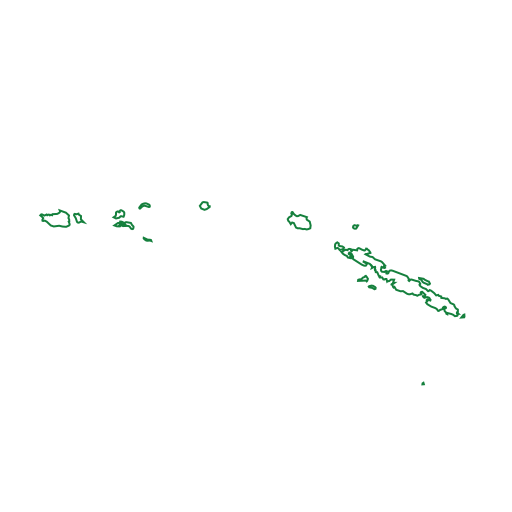 the Union Territory of Andaman and Nicobar, rotated 110°
{"feature_id": "IND-2474", "entity_name": "Andaman and Nicobar", "entity_type": "Union Territory", "adm_level": 1, "iso_a3": "IND", "parent_name": "India", "parent_adm1": "", "projection": "mercator", "projection_center": [93.022, 10.213], "detail": "fine", "context": "isolated", "style": "outline", "palette": "green", "viewbox_px": 512, "rotation_deg": 110, "n_neighbors": 0, "source": "natural_earth", "source_scale": "10m", "svg_char_len": 6065}
<svg xmlns="http://www.w3.org/2000/svg" viewBox="0 0 512 512"><g transform="rotate(110 256 256)"><path d="M243.6,64.5L245.0,65.4L245.3,66.0L243.9,68.2L243.6,70.0L243.6,74.0L242.7,78.5L241.6,80.3L239.8,79.6L239.6,80.3L239.1,80.5L238.2,80.1L238.2,77.0L237.7,77.0L237.7,78.3L236.5,78.2L236.0,79.2L236.0,80.7L236.3,81.6L237.7,83.5L237.5,84.2L236.9,85.3L236.5,85.3L236.4,84.1L235.9,83.6L234.6,83.5L232.8,87.6L233.3,88.5L234.0,88.7L235.2,87.5L235.8,87.8L236.3,89.1L238.2,90.9L238.0,92.0L238.4,94.8L237.7,96.1L239.4,98.4L239.8,99.8L239.8,101.2L238.7,105.8L239.7,108.1L239.8,112.7L237.7,115.3L238.6,115.9L238.1,116.7L236.6,117.8L236.5,118.9L236.0,118.9L235.2,117.6L233.9,116.7L234.4,118.1L231.0,118.1L232.0,121.1L233.9,122.2L234.4,122.9L234.4,123.6L235.2,124.0L233.0,125.6L233.4,126.7L234.3,127.5L234.4,128.4L233.0,130.0L233.9,132.4L233.7,132.7L232.6,132.6L232.7,133.8L229.8,136.5L230.2,137.9L228.5,138.7L228.7,139.3L228.1,139.7L226.2,140.0L225.5,140.4L226.1,141.5L227.7,143.0L226.3,143.0L225.9,143.4L225.6,143.9L226.0,143.9L224.5,146.3L224.3,152.9L224.7,152.9L225.3,149.6L225.8,149.1L227.4,149.4L227.9,150.2L228.1,151.6L227.9,153.8L225.7,163.6L225.3,164.1L223.4,164.5L221.0,167.3L220.9,169.5L221.8,169.7L222.4,169.5L222.6,169.0L222.6,166.7L223.9,167.1L223.8,165.9L224.2,165.2L224.8,165.2L225.6,165.8L225.7,166.4L226.0,169.2L224.9,170.5L224.7,173.1L224.1,175.2L223.0,177.0L222.8,176.2L221.3,175.7L219.4,173.8L219.2,172.0L217.9,171.5L217.4,170.7L217.1,169.2L217.5,168.8L218.6,168.5L218.8,168.0L218.5,167.6L217.0,167.2L216.1,162.9L214.6,163.2L213.6,162.5L213.4,161.5L213.8,158.7L213.8,156.2L213.6,155.7L211.8,154.9L211.4,155.0L211.2,154.3L211.6,153.8L212.1,151.9L213.6,149.7L214.0,149.5L215.5,151.7L215.8,151.9L216.7,151.6L216.3,152.7L216.5,153.4L216.9,153.7L217.6,148.8L217.1,146.1L218.4,143.0L218.3,136.8L218.6,135.5L220.8,131.5L221.3,132.3L221.8,132.3L222.2,131.2L222.8,130.7L223.3,131.1L223.5,132.5L223.2,134.2L223.7,134.4L224.5,134.0L226.0,134.0L227.1,133.4L227.7,132.3L227.0,129.7L226.1,129.3L225.6,128.6L225.6,127.9L225.9,128.1L227.8,127.5L227.7,126.7L227.3,126.1L226.8,125.8L225.3,125.8L224.0,125.3L223.3,124.1L223.1,122.5L223.3,107.6L223.6,106.8L225.3,104.5L226.8,104.3L227.1,103.5L225.3,102.7L224.9,101.7L224.7,97.3L224.3,94.5L224.5,93.8L226.0,92.1L227.2,92.5L228.1,91.3L228.9,88.3L228.9,85.0L230.2,82.3L230.0,81.8L228.6,81.1L228.7,79.6L229.9,75.9L231.4,73.2L230.2,71.4L230.9,70.6L230.7,68.1L232.0,67.5L231.2,64.2L231.4,62.8L230.6,61.9L231.0,60.6L233.7,57.1L233.9,53.7L234.4,52.8L235.2,52.4L236.9,50.2L237.3,48.0L239.4,47.2L240.2,47.9L241.1,47.6L240.7,46.9L241.1,45.9L241.4,46.6L243.0,46.3L243.5,46.6L244.5,48.5L243.8,50.6L243.7,52.6L244.1,56.7L245.3,56.3L245.2,57.3L244.0,58.2L243.3,59.8L240.7,61.5L240.6,60.4L240.1,59.8L239.4,59.9L239.0,60.6L239.1,61.6L239.8,62.3L240.7,62.7L242.0,62.4L243.6,64.5ZM294.9,451.3L297.4,456.1L297.5,459.3L295.3,464.4L295.0,466.6L295.9,468.0L295.9,468.7L295.1,469.1L293.2,468.9L292.5,470.1L291.6,472.6L290.3,472.0L290.1,471.1L290.4,468.7L288.6,466.9L289.1,466.1L288.0,465.0L287.9,464.4L288.3,463.6L287.5,462.9L287.4,461.5L286.3,461.5L284.5,457.3L283.6,456.4L282.4,455.5L281.2,455.2L280.3,456.0L280.3,449.4L281.9,445.6L284.5,445.2L285.5,444.1L287.4,443.3L287.8,443.7L289.4,442.3L290.4,441.8L291.4,442.2L293.5,444.4L294.5,447.9L294.9,451.3ZM214.7,221.1L215.0,224.5L215.7,226.2L215.6,228.1L212.1,231.7L212.2,233.5L214.2,234.2L212.5,236.3L211.9,237.7L210.5,238.8L208.4,238.2L206.3,236.4L204.9,236.4L203.9,237.4L202.6,237.4L202.2,236.7L203.7,234.6L204.4,232.6L204.6,231.2L204.1,230.1L202.3,228.5L202.1,221.5L202.7,221.6L204.0,221.1L204.5,220.6L205.3,217.3L208.6,215.1L211.4,214.5L212.7,215.9L213.7,217.4L213.9,219.5L214.7,221.1ZM266.8,397.6L268.6,400.4L268.3,403.0L266.3,401.6L265.1,401.7L263.0,402.4L262.2,402.1L261.3,401.0L261.8,399.5L261.3,399.1L260.8,399.5L259.7,399.2L259.2,398.7L259.1,398.0L259.6,395.5L260.2,394.7L261.6,394.1L263.1,393.8L264.4,393.9L264.7,396.3L265.0,396.8L266.8,397.6ZM228.8,318.4L230.2,320.2L230.1,323.7L228.1,325.9L223.9,324.6L223.2,323.6L222.5,320.2L222.8,319.5L223.8,319.2L224.7,318.5L225.3,317.5L225.1,316.5L225.8,316.3L228.8,318.4ZM285.3,433.9L285.5,435.1L285.1,435.9L282.1,438.3L280.0,440.9L279.0,441.1L278.4,440.7L278.2,439.0L276.9,437.3L277.7,436.6L278.3,434.1L281.4,433.1L283.2,429.3L283.4,432.1L285.3,433.9ZM273.1,392.7L272.0,393.1L270.8,395.1L270.1,395.4L269.8,394.7L269.7,392.9L269.9,392.3L270.8,391.8L271.0,391.0L272.0,391.4L272.1,390.9L271.8,390.2L271.0,389.7L270.6,390.9L269.9,390.9L269.0,390.2L268.5,389.3L267.8,385.3L267.8,384.7L269.0,383.5L270.2,381.2L271.4,380.8L272.5,380.8L273.1,381.6L273.0,382.8L271.8,384.5L271.4,385.7L271.6,386.9L273.4,391.3L273.1,392.7ZM220.5,182.2L222.0,183.9L220.3,185.0L218.0,185.6L217.0,185.4L215.4,184.3L215.9,182.5L217.7,181.9L218.1,181.1L217.5,178.1L218.0,176.2L219.2,176.2L220.4,177.3L221.7,179.5L220.7,181.1L220.5,182.2ZM223.3,83.3L224.3,84.8L223.9,85.8L223.8,89.0L223.5,90.4L221.8,92.6L221.6,94.8L220.9,95.2L220.1,90.7L220.6,89.3L221.0,85.8L220.9,84.8L222.5,83.1L223.3,83.3ZM241.5,144.3L244.5,151.6L243.4,151.8L242.6,150.8L241.9,149.1L239.8,148.2L238.4,146.6L237.5,146.5L237.1,146.0L237.8,144.8L239.2,143.0L241.3,143.0L242.0,143.3L241.5,144.3ZM248.7,380.0L251.0,381.1L251.2,381.6L250.7,382.2L249.8,382.1L246.7,381.1L245.4,379.8L244.4,378.2L244.1,376.8L244.3,374.0L244.7,373.3L245.5,372.8L246.2,372.8L246.6,373.4L246.8,377.8L247.4,378.9L248.7,380.0ZM246.7,133.3L246.2,135.8L246.7,138.9L246.2,139.6L245.6,139.3L244.3,137.3L244.0,135.7L244.5,133.4L244.9,132.7L246.0,132.5L246.7,133.3ZM274.7,394.0L275.7,396.8L275.7,399.5L272.2,397.0L271.8,396.1L271.8,395.1L272.4,394.6L273.5,394.9L273.6,393.9L274.1,393.6L274.7,394.0ZM195.4,171.1L196.1,171.4L196.6,172.7L196.5,173.9L195.8,174.7L194.5,174.8L193.4,174.1L193.1,171.8L192.3,171.0L192.3,170.5L195.4,171.1ZM277.7,360.8L278.9,363.5L279.0,364.7L278.4,366.7L277.8,367.6L277.3,367.7L277.7,363.4L277.0,361.2L276.9,360.2L277.7,359.5L277.7,360.8ZM242.4,39.4L243.6,42.0L240.4,40.9L239.8,40.2L241.6,39.4L242.4,39.4ZM319.1,54.4L319.7,55.7L318.7,55.9L317.9,55.3L319.1,54.4Z" fill="none" stroke="#15803d" stroke-width="2"/></g></svg>